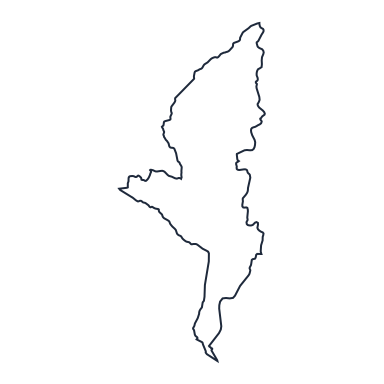 an SVG outline of Manicaland
{"feature_id": "ZWE-529", "entity_name": "Manicaland", "entity_type": "Province", "adm_level": 1, "iso_a3": "ZWE", "parent_name": "Zimbabwe", "parent_adm1": "", "projection": "albers", "projection_center": [32.271, -19.29], "detail": "fine", "context": "isolated", "style": "outline", "palette": "slate", "viewbox_px": 384, "rotation_deg": 0, "n_neighbors": 0, "source": "natural_earth", "source_scale": "10m", "svg_char_len": 6015}
<svg xmlns="http://www.w3.org/2000/svg" viewBox="0 0 384 384"><path d="M263.1,32.3L261.6,34.6L258.4,40.8L257.9,41.4L257.2,41.9L256.7,42.4L256.7,43.3L257.5,46.2L257.9,46.9L259.3,48.0L262.2,49.3L263.3,50.8L263.7,52.5L263.3,54.1L262.0,57.2L261.7,60.4L261.9,64.1L261.6,67.1L259.5,68.5L258.2,69.1L257.3,70.5L256.8,72.2L256.6,73.9L256.7,75.5L257.6,77.8L257.8,79.3L257.5,80.4L256.9,81.0L256.2,81.4L255.8,82.0L255.9,82.8L256.9,84.0L256.8,84.7L256.4,86.4L256.6,88.2L259.3,96.9L259.6,99.6L259.5,100.2L258.8,102.0L258.2,103.1L257.7,103.8L257.6,104.5L257.9,105.7L259.1,107.5L262.8,110.5L264.2,112.1L264.8,113.7L264.5,114.7L262.2,116.4L260.5,118.8L260.3,118.8L260.4,119.6L261.4,120.8L261.7,121.6L261.1,123.3L259.7,124.4L258.0,125.2L256.4,126.2L255.0,126.9L253.5,127.3L252.1,127.9L251.2,129.0L251.0,130.4L251.2,132.2L252.2,135.2L254.6,139.9L255.2,142.2L255.0,145.0L254.5,147.2L253.6,149.0L252.2,150.1L250.1,150.3L246.9,150.0L244.5,150.3L236.9,153.9L236.8,154.7L237.3,159.2L237.8,160.4L238.8,161.1L238.0,161.7L236.9,162.3L236.2,163.0L236.1,164.0L236.6,165.9L236.8,166.8L236.6,167.8L236.8,169.0L237.5,169.6L238.3,169.9L239.4,170.0L244.3,169.3L245.7,169.4L246.5,169.8L247.0,170.2L247.2,170.7L247.4,171.7L247.8,172.7L248.4,173.4L249.2,174.0L249.8,174.8L250.3,177.7L248.0,188.0L247.9,190.1L247.6,191.6L247.0,193.0L245.8,194.8L242.9,198.2L242.7,199.0L242.9,201.4L242.3,204.8L242.4,206.5L243.3,207.5L244.8,207.6L246.2,207.4L247.3,207.8L247.8,209.6L247.9,211.2L247.3,217.2L247.3,218.0L247.5,218.8L247.6,219.9L247.3,220.7L246.8,221.4L246.5,222.3L246.8,224.1L247.7,225.0L249.1,225.4L250.9,225.5L252.7,225.0L255.1,222.6L256.5,222.1L257.9,222.9L258.0,224.6L257.4,227.8L258.0,229.3L259.3,230.6L261.0,231.7L262.7,232.4L263.5,233.4L263.3,235.0L262.7,236.9L262.6,240.4L261.1,245.3L260.7,251.4L261.2,253.4L261.4,254.0L257.2,253.9L256.2,254.8L255.7,257.4L255.1,258.6L253.8,259.0L252.6,259.2L251.8,259.9L251.2,264.0L250.9,265.3L249.8,267.3L249.6,268.1L249.7,268.7L250.2,269.8L250.3,270.5L249.7,273.0L249.3,274.2L248.6,275.3L240.1,285.9L235.0,295.7L233.0,297.9L229.7,298.4L226.0,298.0L222.6,298.4L220.1,301.6L219.3,305.2L219.2,308.6L221.3,326.3L220.8,329.5L219.0,333.1L209.0,346.0L209.5,346.7L210.6,347.4L211.3,348.4L212.0,348.4L212.2,348.6L212.2,349.1L211.6,350.1L211.5,350.5L217.2,360.2L217.4,361.0L206.9,354.2L205.7,352.6L205.8,351.3L203.0,344.5L202.5,342.6L202.1,342.2L196.6,339.4L197.5,338.1L197.2,337.3L195.5,335.9L195.1,335.2L194.8,334.4L194.1,330.5L193.8,329.8L193.1,328.8L193.1,328.1L194.2,326.2L194.5,325.3L194.9,323.5L197.7,318.2L199.1,313.9L199.2,312.2L199.6,310.8L200.3,309.5L201.9,307.4L202.7,302.4L203.9,300.8L204.5,296.8L204.9,285.0L208.8,261.5L208.9,253.2L208.4,252.5L208.2,251.7L206.7,250.8L202.6,248.7L197.4,244.7L196.4,244.2L195.7,244.0L195.0,244.0L193.5,244.0L191.7,244.3L191.2,244.2L190.7,243.8L190.1,243.1L189.6,242.6L189.0,242.2L186.6,241.7L185.6,241.2L183.9,239.9L182.7,238.8L182.1,238.0L181.4,236.8L181.1,236.4L180.6,236.0L178.5,235.1L177.6,234.3L177.0,233.6L176.8,233.0L175.8,230.0L174.8,228.8L172.3,226.5L170.5,224.3L170.1,223.6L169.3,221.5L168.8,221.0L167.8,220.3L164.2,218.3L163.7,217.9L163.0,217.1L162.7,216.6L162.1,214.8L161.9,214.4L159.4,212.1L159.0,211.3L158.8,210.7L158.8,209.5L158.5,209.2L157.9,209.0L156.0,208.7L155.2,208.5L154.1,208.0L153.4,207.6L152.4,206.9L151.8,206.8L150.6,207.3L150.1,207.1L149.6,206.8L148.4,205.2L147.7,204.7L145.7,203.2L144.9,202.8L143.4,202.5L142.9,202.3L142.5,202.0L141.7,201.2L141.3,201.0L140.9,200.8L140.0,200.8L139.5,200.9L138.7,201.3L138.3,201.4L137.8,201.4L136.9,200.9L135.9,200.3L133.0,197.9L120.2,190.0L119.2,188.7L126.8,187.8L127.8,187.4L127.8,183.3L128.5,181.3L128.6,177.9L128.9,177.5L128.9,177.1L129.3,176.6L130.1,176.2L132.2,176.0L133.2,176.1L134.0,176.3L134.7,176.7L135.6,177.0L136.0,177.0L136.5,176.9L137.0,176.6L137.6,175.9L137.9,175.7L138.4,175.6L139.0,175.9L139.5,176.2L141.0,177.6L141.3,178.4L141.4,179.3L141.5,179.7L142.0,179.9L142.6,180.0L143.5,180.0L144.0,180.2L145.2,180.9L145.6,180.9L146.2,180.7L147.6,179.3L148.1,178.6L148.8,177.5L149.9,175.1L150.4,173.4L151.0,172.2L151.1,171.8L151.0,171.4L150.8,171.0L150.3,170.4L150.1,170.1L150.4,169.8L151.2,169.8L152.9,170.2L155.5,171.4L157.0,171.5L160.9,170.9L162.3,170.8L163.6,171.2L164.7,171.9L167.7,175.0L168.9,175.9L171.8,176.7L174.9,178.2L176.5,178.6L177.3,178.5L178.7,178.0L179.2,178.0L180.0,178.2L180.6,178.4L181.1,178.8L181.6,177.3L181.3,175.3L181.3,174.2L181.5,172.6L181.4,171.0L181.7,167.5L181.6,166.7L181.2,165.9L180.8,165.2L179.9,163.8L179.5,162.6L179.3,162.3L178.2,161.6L177.9,161.3L177.7,160.9L177.5,160.5L176.1,153.3L174.4,148.9L174.1,148.5L173.4,148.0L172.5,147.8L171.0,147.7L170.2,147.4L169.9,147.1L169.4,146.5L169.1,145.5L168.7,143.9L168.6,143.4L167.0,141.0L165.8,139.8L164.8,138.0L164.1,137.0L163.8,135.7L163.6,135.3L163.4,134.9L163.4,134.3L163.8,133.2L164.1,132.3L164.1,131.7L163.4,130.2L163.1,128.9L162.2,127.5L161.9,126.8L162.4,126.3L163.4,125.5L163.7,124.0L163.8,123.1L163.9,122.3L164.2,121.6L164.8,121.3L165.6,121.0L169.1,120.1L169.9,119.8L170.4,119.4L170.5,118.5L170.3,116.9L170.6,116.1L171.7,113.7L171.7,112.9L171.5,112.6L171.2,111.7L171.0,110.3L171.2,107.6L171.3,107.1L171.4,106.6L174.4,102.6L175.0,101.5L175.3,100.6L175.1,99.2L175.1,98.7L175.2,98.1L193.8,79.1L194.1,78.7L194.1,78.2L193.9,76.9L194.0,75.8L194.6,72.6L194.9,71.8L195.3,71.4L195.8,71.1L198.0,70.3L199.6,69.3L201.3,68.7L201.7,68.4L202.2,67.9L202.7,67.1L203.5,65.6L204.0,64.9L204.3,64.5L205.0,64.0L206.8,62.9L207.6,62.4L210.8,59.1L212.1,58.2L213.5,57.6L214.4,57.3L215.1,57.2L215.6,57.2L216.1,57.3L217.0,57.6L217.5,57.5L218.2,57.1L219.4,55.8L220.5,54.4L220.9,54.0L223.7,52.7L225.1,52.5L226.3,52.0L227.6,51.7L228.3,51.3L229.2,50.7L232.5,47.1L232.7,46.7L232.9,46.2L233.0,45.7L233.1,44.2L233.2,43.7L233.5,43.3L234.0,42.9L236.5,42.0L237.4,41.7L238.6,41.2L239.0,40.9L239.6,40.4L240.0,39.7L240.1,38.1L240.2,37.6L242.6,32.9L243.2,32.1L248.6,28.2L250.5,26.4L251.2,25.9L257.2,23.5L258.9,23.1L259.4,23.0L259.4,23.9L259.7,25.7L260.5,27.4L261.2,27.9L263.0,28.9L263.5,29.7L263.6,31.0L263.1,32.3Z" fill="none" stroke="#1e293b" stroke-width="2"/></svg>